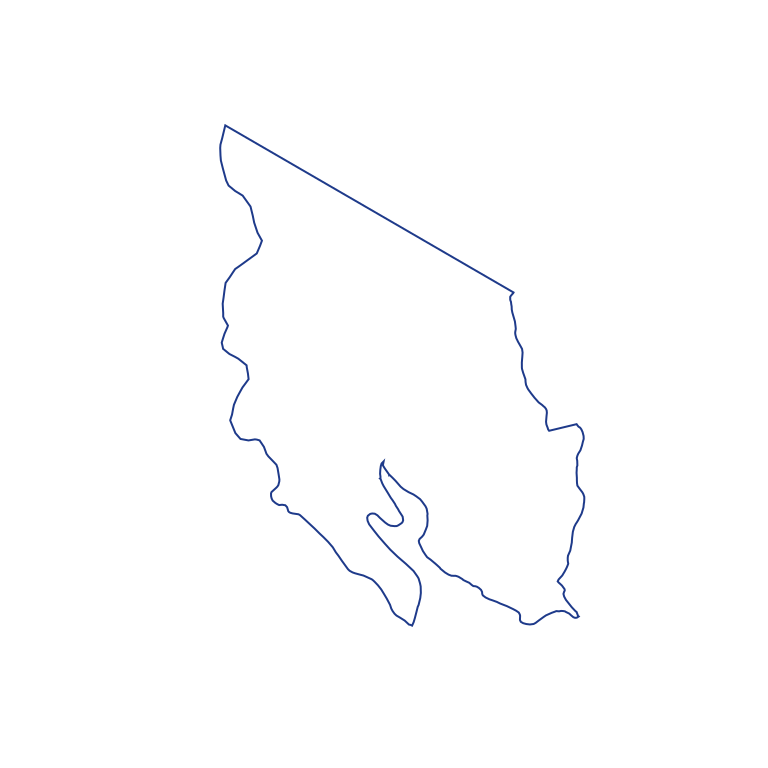 Despinoze, Dennery, Saint Lucia (Natural Earth projection), rotated 324°
{"feature_id": "8701671B1025448555952", "entity_name": "Despinoze", "entity_type": "district", "adm_level": 2, "iso_a3": "LCA", "parent_name": "Saint Lucia", "parent_adm1": "Dennery", "projection": "natural_earth1", "projection_center": [-60.912, 13.95], "detail": "fine", "context": "isolated", "style": "outline", "palette": "blue", "viewbox_px": 768, "rotation_deg": 324, "n_neighbors": 0, "source": "geoboundaries", "source_scale": "gbopen_adm2", "svg_char_len": 5202}
<svg xmlns="http://www.w3.org/2000/svg" viewBox="0 0 768 768"><g transform="rotate(324 384 384)"><path d="M264.7,596.0L268.0,594.1L271.4,591.5L276.5,587.3L280.3,584.1L282.1,583.1L287.5,578.5L291.0,574.7L294.7,569.3L296.0,566.4L297.7,561.6L297.9,559.3L298.0,552.7L297.3,549.0L296.0,542.3L293.5,531.7L291.7,521.7L290.9,514.3L290.0,504.1L289.7,497.0L289.5,488.8L290.3,485.1L291.8,482.3L293.5,481.1L296.5,481.0L298.3,481.8L300.3,483.5L301.5,486.4L302.0,489.9L303.5,496.8L304.6,500.1L306.0,502.5L309.0,505.2L310.8,506.4L312.2,506.7L313.4,506.8L316.6,506.9L318.0,506.5L319.4,505.5L321.1,502.3L321.2,501.0L321.5,495.5L321.8,493.6L322.0,489.5L322.4,487.5L322.6,483.3L322.6,480.0L323.1,474.3L323.3,471.6L323.7,466.4L324.2,463.3L325.4,458.9L325.2,458.2L325.7,458.2L326.8,456.7L328.0,454.4L330.6,451.2L333.2,448.5L335.3,446.9L338.2,446.4L335.4,449.0L335.2,450.1L335.0,453.0L334.9,460.3L334.5,460.9L335.1,461.1L335.8,465.0L336.4,469.1L337.1,476.8L338.0,480.4L340.3,485.9L342.9,490.7L344.1,493.9L345.5,498.4L345.7,501.6L345.7,507.4L345.2,510.0L342.9,514.7L341.8,515.8L339.1,520.0L335.5,524.2L332.5,526.2L327.6,529.2L325.1,529.9L321.7,530.3L319.9,531.4L318.9,533.6L318.2,537.4L317.3,542.0L317.1,546.7L317.1,549.5L318.4,553.4L320.0,559.8L320.4,561.6L321.2,565.5L321.1,566.6L322.6,572.4L324.2,576.2L325.9,578.8L327.1,579.7L329.2,581.3L330.0,582.3L331.0,583.8L332.8,588.1L332.9,589.1L334.6,592.3L336.1,594.9L336.9,598.3L337.5,600.0L339.0,601.3L340.0,602.6L340.9,604.8L341.5,607.6L341.1,609.9L340.1,611.5L339.7,613.1L340.7,616.4L342.7,620.1L344.7,622.9L347.2,626.6L348.9,629.8L352.9,636.0L356.2,642.1L357.6,645.0L358.7,648.1L358.4,650.3L357.9,651.5L356.3,653.5L355.3,654.8L354.9,656.8L356.0,659.3L358.0,661.8L360.7,664.3L364.0,666.1L366.2,666.4L370.4,666.3L376.3,666.3L379.1,666.4L385.2,667.7L388.3,668.6L389.9,669.0L392.0,670.8L393.9,671.7L395.5,673.0L396.7,674.2L397.2,675.4L398.9,678.6L399.4,681.1L400.1,683.9L401.0,685.3L401.9,686.0L402.8,686.4L404.9,686.5L404.7,685.4L404.9,684.9L405.8,681.6L405.6,681.1L405.3,679.7L404.7,674.9L404.3,665.6L404.8,661.9L405.8,659.3L407.5,658.0L408.7,657.4L409.1,656.9L409.5,656.0L409.5,651.7L409.0,649.1L408.7,647.7L408.6,647.2L408.5,645.8L410.3,644.8L411.7,644.5L415.7,643.7L417.3,643.0L419.7,642.0L422.6,640.6L423.9,639.9L425.1,639.2L427.4,637.7L428.4,635.7L428.9,634.8L430.4,632.7L432.0,631.0L433.1,630.4L433.9,629.9L436.7,628.3L439.9,625.3L442.8,622.6L443.6,621.6L445.9,618.9L450.0,614.5L454.0,611.4L455.4,610.7L456.7,610.0L458.6,609.3L460.8,608.4L467.7,605.0L472.7,601.2L475.6,598.0L476.3,597.4L478.5,594.7L479.7,593.0L480.5,590.4L480.7,589.1L480.8,588.3L480.7,583.9L480.7,579.9L481.4,578.6L481.9,577.6L483.7,574.9L484.8,573.4L485.5,572.3L487.6,569.0L488.5,567.9L489.5,566.7L491.0,564.7L492.6,563.5L494.5,560.7L495.2,559.7L495.5,559.0L496.4,557.2L498.4,555.6L500.3,554.5L503.9,553.1L505.3,552.1L508.1,550.1L511.1,547.5L512.7,546.3L513.3,545.8L514.9,543.4L516.4,539.6L517.0,536.7L517.0,534.6L516.3,532.9L516.2,531.6L516.2,529.7L490.1,518.9L490.1,517.2L490.7,515.5L491.2,513.6L491.6,512.2L492.9,509.8L495.4,506.9L496.7,505.4L497.6,504.4L498.8,503.1L500.0,501.1L500.4,499.5L500.4,497.4L500.0,495.9L499.6,493.9L498.3,489.8L497.7,483.7L497.5,478.1L497.5,473.1L497.7,471.5L498.4,468.2L499.7,465.6L501.2,463.3L502.9,457.6L503.1,456.9L504.5,453.0L505.1,451.9L508.1,447.7L510.3,445.1L511.7,443.5L514.6,440.0L516.3,436.8L516.7,433.7L517.3,428.3L517.6,426.9L517.9,424.9L519.0,422.0L519.7,420.5L520.6,419.2L523.0,416.9L524.3,414.7L526.7,410.3L529.8,401.7L531.1,398.9L531.7,398.0L532.9,396.2L533.8,394.3L535.0,392.2L535.3,391.0L535.6,390.1L537.3,387.7L538.2,387.3L540.5,386.7L541.8,386.5L542.6,386.1L407.6,81.5L397.5,90.1L392.4,94.2L390.2,96.8L386.1,102.9L383.4,107.3L380.3,115.0L375.9,126.6L374.9,132.1L377.0,140.3L380.4,148.5L380.3,162.0L376.8,170.6L373.8,177.2L370.6,187.3L369.5,196.3L365.0,199.3L357.8,203.6L349.8,203.6L335.2,203.6L331.2,203.5L327.6,204.8L322.0,206.9L315.3,209.1L309.8,214.7L304.9,219.9L300.7,224.2L295.6,232.1L293.5,235.0L293.1,236.4L292.1,245.0L290.7,246.0L284.5,249.6L279.6,253.2L277.0,255.2L275.4,259.0L274.5,261.0L276.6,268.9L279.4,274.4L281.0,277.9L283.8,288.1L282.8,289.8L280.1,295.5L277.3,300.5L272.0,302.2L267.5,303.6L262.1,306.1L257.7,308.2L250.4,312.6L247.4,315.3L243.1,319.4L238.3,322.9L238.1,323.4L234.9,336.4L235.6,344.1L239.2,347.9L241.2,350.0L247.0,352.9L248.4,354.2L250.2,356.5L249.9,364.3L248.7,368.6L247.9,371.3L247.9,372.1L247.9,374.5L248.9,381.6L249.5,386.1L248.5,389.4L245.3,395.8L243.3,399.7L242.1,401.2L239.1,403.7L237.5,404.3L235.9,404.6L229.5,405.3L228.3,406.1L226.7,408.4L225.8,410.6L225.4,412.9L226.2,416.4L227.1,418.6L228.0,420.3L230.6,421.8L231.5,422.7L232.9,424.1L233.2,426.7L231.8,430.7L231.9,431.7L232.5,433.1L234.0,435.0L238.3,439.2L239.0,440.8L239.7,444.1L240.5,447.9L240.7,449.0L242.9,460.2L244.0,467.1L245.0,472.3L246.0,478.8L246.6,486.0L246.1,491.9L246.2,496.1L246.0,502.2L246.0,512.7L246.4,514.9L247.8,517.9L249.3,520.1L252.5,524.1L254.8,526.9L256.7,530.2L259.3,534.8L259.8,536.5L260.2,538.7L260.8,543.3L261.0,548.6L260.6,553.7L260.1,559.2L259.1,566.2L257.9,569.9L257.5,572.8L257.5,576.1L258.0,578.7L259.5,582.1L261.7,587.6L262.2,590.2L262.8,593.3L263.9,594.5L264.7,596.0Z" fill="none" stroke="#1e3a8a" stroke-width="2"/></g></svg>